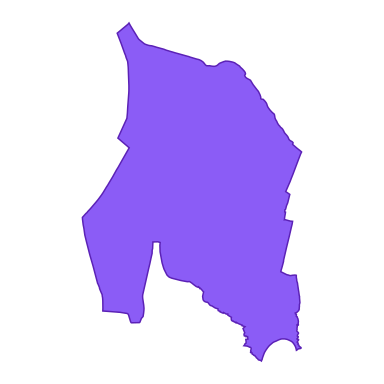 Bang Bua Thong, Nonthaburi, Thailand
{"feature_id": "78962969B62915491742663", "entity_name": "Bang Bua Thong", "entity_type": "district", "adm_level": 2, "iso_a3": "THA", "parent_name": "Thailand", "parent_adm1": "Nonthaburi", "projection": "equal_earth", "projection_center": [100.421, 13.932], "detail": "fine", "context": "isolated", "style": "filled", "palette": "violet", "viewbox_px": 384, "rotation_deg": 0, "n_neighbors": 0, "source": "geoboundaries", "source_scale": "gbopen_adm2", "svg_char_len": 5943}
<svg xmlns="http://www.w3.org/2000/svg" viewBox="0 0 384 384"><path d="M299.6,296.9L299.2,295.1L298.7,291.4L298.5,290.3L297.6,284.2L297.5,283.1L297.1,281.9L296.8,281.0L296.7,279.6L296.3,277.2L296.3,275.8L296.3,275.3L295.4,275.1L294.2,275.1L292.2,275.3L290.7,275.6L289.7,275.5L288.3,275.0L287.2,274.8L286.6,274.6L281.6,272.1L280.8,271.7L281.2,270.0L282.2,266.6L283.4,262.0L283.6,261.0L283.6,260.2L286.6,247.2L289.3,236.2L291.3,227.5L292.1,224.3L292.6,221.3L290.4,221.1L285.2,219.7L284.6,219.6L284.4,219.7L284.6,217.7L285.5,212.4L285.5,212.1L284.7,211.9L284.9,209.8L285.4,209.5L285.6,209.2L286.1,207.3L286.5,205.7L287.7,202.9L289.8,194.4L286.2,191.9L285.7,191.6L290.2,181.3L291.2,178.6L293.0,174.1L298.0,160.8L299.8,156.1L300.7,153.8L301.6,152.0L301.0,151.4L296.5,147.8L292.6,144.4L292.6,144.1L293.0,143.2L293.1,142.9L293.0,142.6L292.8,142.4L292.5,142.0L292.0,141.6L290.2,140.6L289.2,139.7L288.8,139.0L288.1,137.3L287.6,136.4L286.4,134.9L285.2,133.6L284.5,132.7L284.2,132.1L283.5,130.6L282.6,129.1L281.9,128.3L280.5,127.2L279.9,126.3L278.6,124.9L278.3,124.4L277.5,123.1L276.7,121.2L276.0,120.2L275.3,118.8L275.0,118.0L274.5,114.9L274.3,114.4L274.1,114.0L272.5,112.7L271.4,111.6L269.8,109.8L268.7,108.3L268.0,107.3L267.4,106.0L266.8,104.1L266.5,103.4L266.1,102.7L265.0,101.2L263.3,99.4L263.0,99.3L261.4,99.1L260.9,98.8L260.7,98.3L260.8,97.4L260.7,96.9L260.1,95.0L259.7,94.1L259.0,92.7L258.6,91.8L258.0,90.9L256.8,89.5L253.0,84.5L250.5,80.3L249.9,79.9L246.9,78.3L245.9,77.5L245.4,77.0L245.0,76.2L244.7,75.4L244.8,75.1L245.4,74.2L245.5,73.7L245.1,72.4L244.5,71.4L242.5,69.1L240.4,67.2L239.6,66.1L236.2,63.9L234.7,62.8L232.7,62.1L229.5,61.4L227.7,61.2L225.6,61.1L223.8,61.6L220.5,62.9L219.4,63.4L217.3,65.3L216.1,65.9L214.9,66.3L214.3,66.3L213.1,66.3L211.0,66.0L209.4,65.7L208.5,65.8L206.6,65.7L206.2,65.5L205.1,64.6L204.7,64.0L204.4,63.4L203.8,63.0L203.5,62.4L202.4,61.5L200.9,60.5L199.2,59.7L198.2,59.4L196.8,59.1L190.8,57.3L189.5,56.9L188.9,56.6L187.3,56.2L178.0,53.6L174.7,52.7L166.3,50.2L163.8,49.2L156.8,47.3L154.9,46.7L151.8,45.8L149.8,45.6L148.0,45.2L145.7,44.4L144.5,43.9L143.1,42.8L139.3,39.7L138.5,38.9L138.0,38.1L135.6,34.1L131.9,28.1L130.4,25.6L129.0,23.0L128.4,23.8L127.3,24.8L119.0,31.7L117.2,33.2L121.3,43.9L124.8,53.7L125.5,55.3L126.2,57.8L127.4,60.8L127.7,61.8L127.9,63.8L128.2,67.1L128.3,69.4L128.4,72.5L128.9,85.7L128.9,90.7L128.8,92.6L127.7,107.5L127.4,113.0L126.9,118.3L117.9,138.1L129.2,147.8L121.4,161.5L118.2,167.2L116.4,170.1L112.7,176.8L109.2,182.6L107.5,185.5L106.6,186.8L103.1,192.6L101.5,195.0L98.0,199.7L95.7,202.5L90.3,208.8L87.5,211.8L87.1,212.5L85.9,213.5L82.4,217.4L82.5,219.2L83.2,224.9L83.9,228.4L84.8,234.9L86.3,241.1L89.8,254.8L93.1,266.2L97.5,282.9L97.6,283.4L98.0,284.0L99.4,287.4L99.6,288.7L101.0,292.1L102.2,294.8L102.2,295.7L102.6,297.9L102.8,300.8L102.9,308.2L102.8,311.0L119.9,312.3L127.3,313.5L127.9,313.9L128.5,314.9L128.8,315.8L130.4,321.1L130.9,322.3L131.2,322.7L131.5,322.8L139.5,322.6L139.9,322.2L141.4,318.4L143.0,316.6L143.1,316.4L143.6,313.2L143.9,310.4L144.0,308.3L143.7,305.0L142.7,298.3L142.6,296.7L142.7,294.9L148.7,268.4L149.8,263.8L151.2,257.3L152.1,253.4L152.2,250.0L152.6,248.8L152.9,242.0L154.6,241.9L157.9,241.8L160.2,242.5L159.9,245.3L160.1,251.9L162.1,262.9L163.5,267.6L164.1,269.3L166.9,274.9L167.4,275.5L168.9,276.9L169.6,277.3L171.8,278.2L180.8,280.5L187.3,281.7L189.7,281.6L192.1,283.3L193.4,284.4L196.2,286.5L198.2,287.3L198.4,286.8L200.1,288.1L199.9,288.6L201.1,289.0L202.8,291.1L203.6,291.9L202.6,296.3L203.1,299.7L203.5,300.4L204.0,301.0L205.0,301.7L206.2,302.1L207.6,302.3L208.0,302.6L209.8,305.0L210.5,305.5L212.1,306.0L214.7,307.7L215.6,308.1L216.4,308.4L217.9,308.7L217.9,308.8L218.2,310.6L220.1,311.4L220.0,311.8L221.7,312.6L223.2,313.2L223.6,312.5L226.3,314.1L227.8,314.0L227.9,315.2L231.4,317.3L231.3,317.5L231.2,319.1L231.4,319.6L231.6,320.5L233.2,321.4L233.3,321.2L236.0,322.9L236.2,322.3L238.4,323.6L241.2,324.8L242.1,325.1L242.0,325.7L245.0,326.7L243.0,328.5L244.7,332.7L244.7,332.9L244.0,334.1L244.0,334.4L244.2,335.6L244.4,336.0L244.5,336.0L245.9,335.9L246.0,336.7L247.6,336.6L247.9,339.1L245.8,339.4L246.1,341.8L246.0,343.2L245.2,343.6L245.0,343.8L244.6,344.8L243.9,345.7L247.1,346.1L248.5,346.6L249.6,347.2L250.4,347.3L250.7,347.5L251.1,348.3L251.2,348.7L250.6,351.1L250.7,351.3L251.0,351.5L250.6,352.5L251.2,352.8L252.0,352.9L252.1,353.2L252.1,353.8L252.2,354.1L252.6,354.3L253.2,354.6L253.6,355.1L254.0,355.4L254.8,355.5L255.1,356.2L256.0,357.0L256.4,357.8L257.5,358.6L258.3,359.7L258.8,360.0L259.9,360.2L260.9,360.6L261.4,361.0L262.1,359.4L262.3,358.9L262.4,358.1L264.0,353.7L264.5,352.5L265.8,350.3L267.6,347.7L268.9,346.1L269.8,345.2L271.8,343.5L273.0,342.5L274.3,341.8L276.1,341.1L278.6,339.9L280.5,339.2L281.3,339.0L282.4,338.9L284.5,338.9L285.7,339.1L287.2,339.4L289.3,340.3L291.3,341.3L292.6,342.3L293.9,344.0L295.0,345.8L295.7,347.4L296.2,349.2L296.4,350.3L297.1,349.9L298.2,348.9L300.5,348.5L301.0,348.2L301.1,347.8L300.6,347.2L300.2,346.9L299.5,346.7L299.3,346.5L298.9,345.3L298.6,344.9L298.1,344.6L298.0,344.4L298.0,344.1L298.2,343.4L298.1,343.1L298.0,342.9L297.4,342.6L297.2,342.3L297.2,342.0L297.4,341.6L298.5,340.1L298.6,339.8L298.6,339.7L298.4,339.6L297.3,339.3L297.1,339.2L297.0,338.8L297.1,338.6L297.6,338.2L297.9,337.9L298.1,337.2L298.2,336.9L298.2,336.7L297.5,336.6L297.4,336.3L297.4,335.9L297.5,335.2L297.5,334.8L298.0,334.2L298.4,333.5L298.5,333.1L298.4,332.8L298.2,332.5L296.9,331.2L296.8,330.7L297.1,329.3L297.0,328.2L297.3,326.4L297.3,326.0L297.0,325.3L297.0,324.8L297.1,324.6L297.3,324.5L297.6,324.6L298.1,325.1L298.3,325.1L298.4,324.9L298.4,324.7L298.2,323.9L298.2,323.3L298.4,321.3L297.9,318.7L297.4,317.7L297.2,316.8L296.4,316.5L296.3,316.3L296.4,315.0L296.4,314.4L295.5,314.0L295.3,313.1L295.8,313.1L296.1,312.7L297.2,312.1L297.7,311.5L298.7,310.6L298.8,310.3L298.9,309.7L299.3,309.1L299.2,308.1L299.4,306.8L299.4,304.7L299.9,302.8L299.9,302.4L299.5,297.5L299.6,296.9Z" fill="#8b5cf6" stroke="#5b21b6" stroke-width="1.5"/></svg>